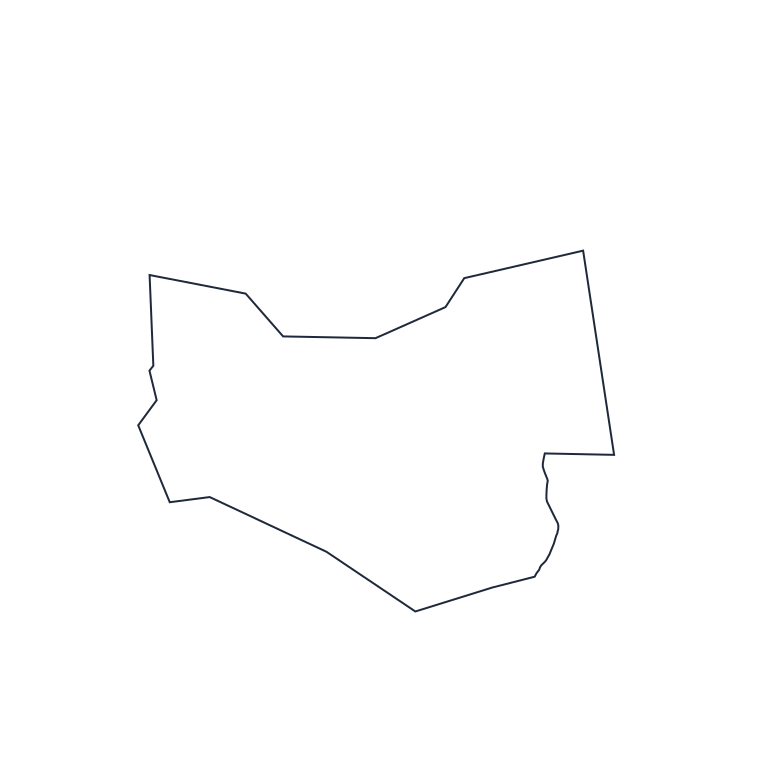 Shiveegovi, Dornogovi, Mongolia, rotated 45°
{"feature_id": "93677404B28093616266746", "entity_name": "Shiveegovi", "entity_type": "district", "adm_level": 2, "iso_a3": "MNG", "parent_name": "Mongolia", "parent_adm1": "Dornogovi", "projection": "natural_earth1", "projection_center": [108.624, 46.084], "detail": "fine", "context": "isolated", "style": "outline", "palette": "slate", "viewbox_px": 768, "rotation_deg": 45, "n_neighbors": 0, "source": "geoboundaries", "source_scale": "gbopen_adm2", "svg_char_len": 801}
<svg xmlns="http://www.w3.org/2000/svg" viewBox="0 0 768 768"><g transform="rotate(45 384 384)"><path d="M462.0,543.3L567.0,522.7L604.4,451.5L626.8,413.7L626.0,411.2L625.5,409.1L625.1,405.6L623.9,403.2L623.4,400.5L623.5,397.7L623.4,394.5L622.2,390.2L621.4,387.3L620.6,385.5L617.0,376.8L615.8,374.6L613.2,369.8L611.9,366.6L610.9,365.4L610.3,364.0L607.6,361.0L605.2,359.5L601.3,358.3L582.2,351.8L579.8,350.1L577.5,347.8L573.8,343.8L570.1,339.4L568.3,336.7L566.6,335.7L560.5,333.1L557.4,331.6L554.8,330.2L553.9,329.3L552.6,328.0L551.4,326.3L549.7,323.9L546.8,319.4L596.8,271.4L430.5,148.9L365.9,252.4L373.1,286.1L345.6,357.6L279.0,421.7L222.3,417.9L141.2,472.7L208.0,534.2L208.7,540.4L234.7,556.2L239.4,587.0L316.1,619.1L340.7,587.2L462.0,543.3Z" fill="none" stroke="#1e293b" stroke-width="2"/></g></svg>